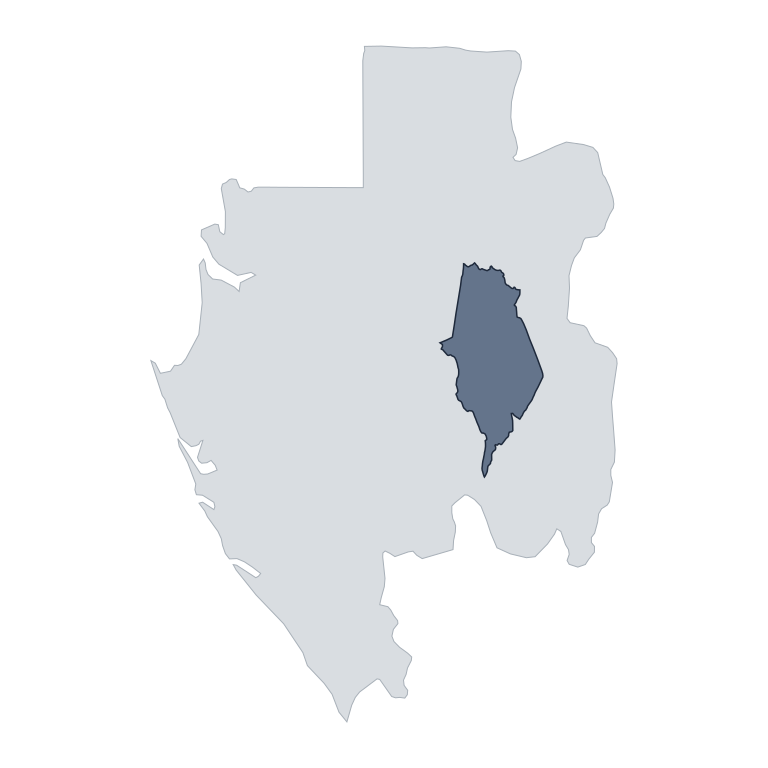 location of Mouloundou, Ogooué-Lolo, Gabon
{"feature_id": "22940354B50404497002370", "entity_name": "Mouloundou", "entity_type": "district", "adm_level": 2, "iso_a3": "GAB", "parent_name": "Gabon", "parent_adm1": "Ogooué-Lolo", "projection": "equal_earth", "projection_center": [12.887, -0.678], "detail": "fine", "context": "in_parent", "style": "filled", "palette": "slate", "viewbox_px": 768, "rotation_deg": 0, "n_neighbors": 0, "source": "geoboundaries", "source_scale": "gbopen_adm2", "svg_char_len": 7301}
<svg xmlns="http://www.w3.org/2000/svg" viewBox="0 0 768 768"><path d="M521.3,61.4L520.9,69.0L514.5,87.6L511.5,101.9L510.8,117.2L512.5,129.5L515.6,138.2L517.6,147.8L516.1,154.4L513.0,157.3L515.1,160.6L519.7,161.4L527.7,158.5L539.9,153.4L555.8,146.1L566.3,142.1L583.7,144.6L592.9,147.4L597.7,152.6L602.8,174.5L605.3,177.8L609.5,187.1L613.0,198.3L613.8,204.0L613.4,208.1L609.8,214.2L605.9,223.1L604.5,228.5L601.2,232.5L597.0,236.4L585.4,238.0L583.6,240.3L580.4,249.8L574.3,257.9L571.5,265.5L569.0,275.6L569.5,288.1L568.3,306.2L567.0,318.4L570.1,322.7L583.9,325.7L586.6,328.1L590.3,335.7L595.0,342.8L607.7,347.3L612.6,352.7L616.6,358.7L617.1,363.6L614.2,383.2L611.5,402.0L612.5,416.3L613.6,430.0L615.1,450.0L614.4,462.1L610.8,469.5L610.8,475.4L612.5,482.4L609.3,501.8L607.2,505.1L601.6,508.7L598.6,513.9L597.6,522.1L594.6,533.3L591.4,537.4L591.4,542.6L594.5,546.4L594.4,552.2L588.8,559.2L585.3,564.5L577.8,567.1L569.2,564.3L567.1,560.5L569.2,554.4L568.5,549.6L565.5,544.6L560.9,531.5L556.8,528.8L554.5,534.1L547.5,544.0L535.1,556.7L526.4,557.7L510.4,553.9L497.0,547.8L490.7,532.9L486.7,520.6L481.0,506.3L474.5,499.5L467.6,495.2L464.6,494.9L454.8,502.9L451.8,506.0L451.8,512.7L452.8,518.9L454.3,521.9L455.6,525.9L455.3,532.1L453.6,540.4L453.0,549.6L422.2,558.6L416.8,555.3L413.0,551.2L408.3,551.9L394.9,556.6L390.0,553.4L385.1,551.0L382.9,553.0L382.7,556.9L385.0,578.4L384.3,586.7L381.3,597.4L379.7,604.7L387.9,606.7L390.8,610.1L393.7,615.5L397.6,620.6L397.9,623.6L393.4,629.3L391.9,636.2L394.0,641.6L399.6,647.3L407.7,653.2L411.7,657.0L411.3,660.5L407.5,668.0L406.1,674.4L403.5,680.1L404.1,685.4L407.7,690.3L407.3,694.7L404.8,698.1L399.8,697.4L395.5,697.8L391.7,696.5L379.7,679.4L377.0,678.9L359.6,692.0L355.3,697.4L351.7,705.2L346.9,721.9L339.0,712.2L332.1,694.3L324.2,683.4L307.4,665.6L302.9,652.6L283.7,623.8L256.2,595.1L236.2,570.1L233.2,564.6L236.6,565.2L255.8,577.7L258.4,576.3L260.7,573.5L252.3,567.0L244.4,561.8L237.0,558.6L229.5,558.9L225.4,553.6L222.6,545.6L221.3,538.7L218.0,531.5L207.4,516.7L204.8,511.0L199.0,503.2L202.6,502.2L213.9,509.6L214.9,506.7L213.9,502.3L202.5,495.2L196.4,494.7L194.9,489.8L195.8,484.0L187.6,462.4L179.2,446.3L177.8,438.6L200.6,473.7L203.7,474.3L207.7,474.0L217.1,470.1L215.3,465.4L211.1,460.4L206.9,462.7L201.6,463.2L198.8,461.0L197.5,457.4L202.9,440.4L200.5,441.2L198.8,444.3L195.9,445.7L191.3,446.6L180.1,437.5L170.2,412.8L167.6,407.8L164.9,399.2L162.3,395.6L150.9,360.6L155.3,363.2L160.4,373.3L170.5,371.2L174.5,365.3L177.9,365.5L181.4,364.2L185.9,358.7L198.8,334.5L202.2,302.7L201.1,283.7L199.2,265.0L203.5,259.0L205.2,262.9L206.0,269.6L208.0,274.5L212.6,279.0L221.2,280.1L234.4,287.1L239.1,291.5L240.4,282.7L255.7,275.1L251.1,272.4L237.5,275.4L218.9,264.2L212.8,257.0L207.0,243.4L201.1,236.3L201.5,229.9L214.8,224.1L218.3,224.7L219.8,231.7L223.4,234.6L224.7,233.7L225.3,227.7L225.4,211.6L221.3,188.6L222.5,184.1L226.2,182.5L229.5,179.5L231.7,178.9L236.2,179.5L238.5,184.8L239.7,187.8L244.3,189.1L248.0,192.0L251.3,191.2L253.9,187.9L257.9,187.2L270.0,187.2L281.0,187.3L302.9,187.4L324.9,187.5L346.8,187.6L363.3,187.6L363.3,174.5L363.2,154.2L363.1,130.2L363.0,107.2L362.9,85.9L362.8,60.7L363.7,53.5L364.8,50.5L364.4,46.4L381.4,46.1L412.1,47.9L425.5,47.7L429.3,48.0L446.1,46.8L459.7,48.3L465.5,50.1L470.7,51.0L486.9,52.1L508.2,50.7L515.4,51.1L519.4,54.6L521.3,61.4Z" fill="#d9dde1" stroke="#a8b0b8" stroke-width="1"/><path d="M463.6,263.8L463.6,264.8L463.5,267.4L463.3,269.6L463.1,270.7L462.8,274.1L462.4,275.6L461.6,277.2L460.6,285.3L457.9,301.8L456.0,313.4L454.3,325.0L452.4,337.0L451.8,337.5L446.7,340.0L440.0,342.8L440.8,343.4L441.7,344.0L442.4,344.5L442.5,345.3L442.4,346.8L441.9,347.7L441.4,348.4L441.3,349.1L441.9,349.4L442.5,349.6L443.1,350.1L443.8,351.0L444.8,352.1L445.7,353.1L446.7,354.3L447.6,355.2L448.5,355.4L449.1,355.3L449.7,355.0L450.2,354.8L451.0,355.0L451.3,355.3L451.9,355.8L452.6,356.1L453.6,356.5L454.4,357.1L455.1,358.0L455.7,359.3L456.1,360.1L456.6,361.7L457.1,363.1L457.7,365.9L458.0,367.5L458.6,369.4L458.7,371.2L458.7,373.2L458.6,374.7L458.2,376.6L457.4,377.8L457.0,378.7L456.7,380.7L456.5,382.4L456.3,383.9L456.2,384.9L456.6,386.0L456.9,386.8L457.3,388.4L457.6,389.3L457.8,390.6L457.8,391.6L457.3,392.5L456.8,393.2L456.1,393.9L456.1,394.7L456.7,395.6L457.0,396.5L457.5,397.9L457.9,399.2L458.6,400.2L459.7,400.8L460.7,401.3L461.3,401.8L462.0,403.2L462.4,404.3L462.7,405.3L463.1,406.5L463.9,408.1L464.7,408.8L465.6,409.7L466.4,410.6L467.4,411.3L468.0,411.4L468.5,410.9L469.1,410.6L470.3,410.8L471.3,410.8L472.4,411.3L472.8,411.8L473.4,412.8L473.9,414.2L474.7,416.5L475.7,418.8L476.9,422.1L478.9,426.7L479.8,429.5L480.8,431.7L481.9,433.0L483.5,433.1L485.1,434.0L486.2,436.1L486.7,438.2L486.7,439.6L485.2,440.7L485.4,442.2L485.5,444.0L485.5,446.6L485.2,449.1L484.9,451.0L484.5,452.4L484.3,454.4L483.8,456.7L483.4,458.9L482.9,460.9L482.5,463.4L482.3,465.9L482.0,468.3L482.2,470.2L482.8,472.1L483.2,473.6L483.9,475.9L484.4,477.0L485.2,475.9L486.1,474.1L486.8,472.6L487.3,471.1L487.5,469.5L487.6,468.5L487.9,466.3L488.6,465.4L489.7,464.4L490.5,463.4L490.6,462.1L491.0,461.3L491.7,460.1L491.6,454.5L492.0,453.4L492.8,451.9L493.8,451.0L494.5,450.4L495.2,449.9L495.5,449.3L495.7,448.0L495.6,446.9L495.3,446.2L495.0,445.7L495.2,445.0L495.7,444.7L496.4,445.0L497.3,445.1L497.9,444.6L498.5,443.8L499.4,443.7L500.1,444.1L501.0,444.6L501.9,444.1L503.5,442.0L506.3,438.3L507.8,437.1L508.6,435.7L508.7,433.9L509.3,432.2L511.3,431.8L512.1,431.4L512.8,430.5L512.7,423.2L512.6,420.5L512.1,417.7L511.7,416.2L511.5,414.6L511.3,413.5L512.6,413.4L513.4,414.2L514.2,415.4L515.7,416.4L516.8,417.3L518.0,417.8L518.5,418.4L519.5,418.9L519.8,419.1L520.1,418.7L520.8,417.6L521.3,416.6L521.8,416.1L522.4,415.2L523.0,413.6L523.7,412.3L524.7,410.8L525.5,410.4L526.4,408.9L527.1,407.7L527.5,406.3L528.5,404.8L530.8,401.6L531.6,400.5L532.3,399.2L533.0,397.4L534.1,395.2L534.9,393.0L535.7,391.3L537.9,387.3L540.6,381.7L542.0,378.7L542.8,377.2L542.9,375.6L542.6,373.4L541.7,370.5L537.4,358.8L533.3,348.2L529.6,339.1L526.3,330.0L523.6,323.6L522.1,320.7L521.5,319.6L520.9,318.6L520.1,318.1L519.3,317.7L518.6,317.6L517.8,317.4L517.1,317.0L516.8,314.8L516.6,311.6L516.4,309.4L516.3,307.4L515.7,306.3L515.3,305.9L514.6,305.6L514.3,305.0L514.7,304.3L515.5,303.2L516.3,301.8L516.6,300.7L517.2,299.5L518.0,298.1L518.8,296.5L519.5,295.3L519.8,294.1L519.9,292.3L519.9,289.9L519.2,289.9L517.7,289.7L516.2,289.4L515.5,288.8L515.1,287.8L514.6,287.3L514.0,287.3L513.6,288.0L513.0,288.5L511.9,288.4L511.1,287.9L510.3,287.2L509.1,286.2L508.3,285.5L507.4,285.2L506.6,284.9L505.7,283.8L505.1,282.7L505.0,281.5L504.7,279.6L504.3,278.1L503.8,277.3L503.1,276.8L502.9,276.1L503.4,275.9L503.8,275.4L503.8,274.5L503.4,273.5L502.8,273.0L501.8,272.4L501.3,271.6L500.8,270.6L500.0,270.1L499.3,270.2L498.7,270.4L497.1,270.4L495.7,270.0L494.6,269.4L493.6,268.6L492.6,267.9L492.1,267.5L492.0,266.7L491.2,266.1L490.5,266.7L490.1,267.2L490.1,268.2L489.8,269.3L489.1,269.6L488.4,269.8L487.7,270.5L486.9,270.6L486.0,270.3L484.6,269.8L483.4,269.4L482.8,269.1L482.4,268.8L481.7,268.8L481.1,269.1L480.4,269.6L479.8,269.5L478.9,268.9L478.3,267.9L477.6,266.2L476.8,265.5L475.9,264.5L475.4,263.7L474.6,262.9L474.0,263.4L473.2,264.2L472.2,265.0L471.2,265.2L470.3,265.6L469.7,266.2L468.5,266.8L467.4,266.6L466.2,265.7L465.4,265.1L464.6,264.1L463.6,263.8Z" fill="#64748b" stroke="#1e293b" stroke-width="1.5"/></svg>